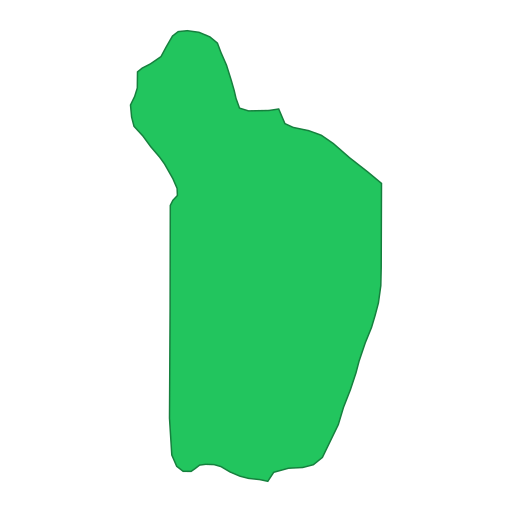 Lèkabi-Lèwolo, Haut-Ogooué, Gabon
{"feature_id": "22940354B94372756375204", "entity_name": "Lèkabi-Lèwolo", "entity_type": "district", "adm_level": 2, "iso_a3": "GAB", "parent_name": "Gabon", "parent_adm1": "Haut-Ogooué", "projection": "albers", "projection_center": [13.716, -1.334], "detail": "fine", "context": "isolated", "style": "filled", "palette": "green", "viewbox_px": 512, "rotation_deg": 0, "n_neighbors": 0, "source": "geoboundaries", "source_scale": "gbopen_adm2", "svg_char_len": 1014}
<svg xmlns="http://www.w3.org/2000/svg" viewBox="0 0 512 512"><path d="M381.5,183.4L367.8,172.0L349.5,157.7L333.5,143.7L321.4,135.3L308.8,130.7L293.1,127.4L284.9,123.6L278.7,109.0L268.9,110.5L248.5,110.9L239.5,108.1L236.0,98.4L234.2,90.6L231.3,80.5L226.5,65.2L220.9,52.4L217.4,43.1L209.9,36.9L199.0,32.3L187.3,30.7L178.2,31.6L172.5,36.0L166.1,47.1L161.0,56.6L150.4,63.9L142.2,68.1L137.5,71.9L137.3,88.0L134.7,96.4L130.5,105.0L131.6,117.0L134.0,126.3L142.9,136.0L150.8,146.8L159.7,157.2L164.5,163.9L172.9,178.7L177.1,188.4L177.4,195.5L172.9,200.3L170.3,205.4L170.1,308.9L169.5,418.2L171.8,455.0L176.7,466.3L183.1,471.3L191.1,471.4L195.1,468.6L199.6,465.1L205.7,464.3L214.1,464.6L221.0,466.6L230.1,472.0L240.0,476.2L248.6,478.4L259.9,479.6L267.8,481.3L273.7,472.3L288.6,468.2L302.7,467.5L313.4,464.7L322.4,457.4L338.3,424.6L343.5,407.3L350.4,389.7L355.9,373.1L359.1,361.0L365.3,342.7L371.5,327.5L375.0,315.8L378.4,303.0L380.8,285.7L381.2,267.4L381.5,183.4Z" fill="#22c55e" stroke="#15803d" stroke-width="1.5"/></svg>